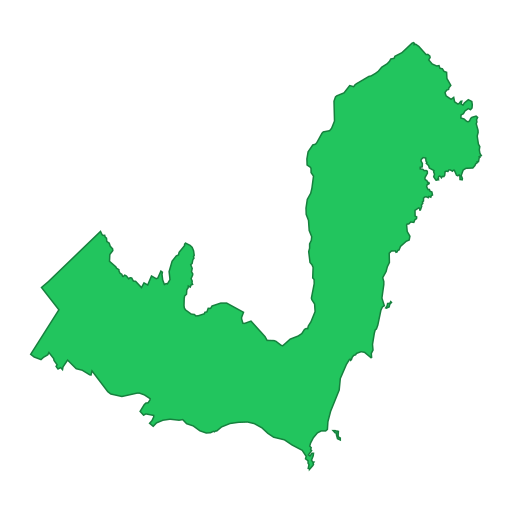 outline of Ninh Hai, Ninh Thuận, Vietnam
{"feature_id": "81297802B76244887601508", "entity_name": "Ninh Hai", "entity_type": "district", "adm_level": 2, "iso_a3": "VNM", "parent_name": "Vietnam", "parent_adm1": "Ninh Thuận", "projection": "natural_earth1", "projection_center": [109.148, 11.675], "detail": "fine", "context": "isolated", "style": "filled", "palette": "green", "viewbox_px": 512, "rotation_deg": 0, "n_neighbors": 0, "source": "geoboundaries", "source_scale": "gbopen_adm2", "svg_char_len": 6064}
<svg xmlns="http://www.w3.org/2000/svg" viewBox="0 0 512 512"><path d="M41.5,287.5L58.9,309.8L30.7,354.3L34.1,357.0L41.0,359.6L43.5,357.3L47.8,354.8L48.9,352.5L53.7,358.6L54.0,360.4L57.1,364.8L56.1,366.4L58.0,369.0L60.6,367.6L62.5,369.6L63.0,366.9L67.6,360.1L76.2,368.7L82.2,370.2L89.7,374.8L91.0,375.0L92.0,370.9L107.8,391.7L110.8,394.0L121.9,396.5L137.1,393.1L139.5,393.1L144.4,394.9L150.2,398.7L150.0,399.9L148.1,402.8L145.8,403.1L144.2,404.7L140.1,411.4L143.6,415.2L145.8,413.9L153.7,415.4L153.7,417.0L152.0,420.6L149.6,423.3L153.2,426.3L156.5,422.9L163.0,420.2L170.0,419.2L179.1,420.2L182.7,419.6L186.6,423.7L193.2,425.9L199.9,430.8L206.2,433.0L210.6,432.7L213.4,431.3L214.4,431.8L215.8,430.8L216.7,431.0L221.6,426.9L230.0,423.5L238.4,422.3L247.5,422.0L254.3,423.6L261.9,427.8L267.8,433.3L273.6,437.2L284.4,439.8L292.1,445.0L302.2,450.3L306.2,456.4L305.5,458.8L308.0,460.7L308.1,463.3L309.0,464.6L308.2,468.4L309.5,468.7L309.5,469.4L312.8,465.6L313.5,464.4L313.1,463.2L313.9,462.1L312.8,462.0L311.5,460.2L313.2,455.8L313.5,453.3L311.9,453.3L310.0,456.0L308.4,454.9L311.6,450.5L310.6,449.5L311.2,447.7L309.7,446.1L310.6,443.0L313.3,437.8L317.4,432.9L321.3,430.9L325.7,430.9L327.4,429.4L327.9,421.7L330.6,411.3L339.2,390.0L340.3,378.5L346.4,364.4L349.5,359.4L350.7,359.2L350.7,360.2L351.4,359.7L352.2,357.3L353.7,355.4L355.6,354.8L356.5,353.4L361.1,351.7L364.5,352.3L371.0,357.7L371.6,357.4L371.3,353.4L373.0,350.1L372.5,344.4L374.3,333.3L375.2,329.9L376.4,329.0L377.8,325.1L380.9,310.2L382.4,307.0L384.3,305.7L381.9,298.1L383.8,284.6L383.8,281.5L382.7,277.7L386.1,271.5L387.3,266.8L389.4,262.5L389.2,253.2L391.4,251.0L395.4,250.9L396.0,252.3L397.0,252.0L397.8,250.4L399.0,250.0L400.5,246.4L406.2,241.3L409.2,240.0L409.9,236.2L407.2,231.5L406.6,225.0L407.2,224.0L408.7,224.0L410.7,222.0L413.8,222.4L414.9,219.7L416.5,218.7L416.7,216.9L415.1,216.0L415.0,210.3L418.8,207.8L419.5,208.3L419.9,210.1L420.4,210.0L421.7,206.3L421.4,205.0L422.8,203.3L422.4,201.9L423.5,201.0L423.5,198.2L424.6,197.1L426.1,196.7L428.3,197.7L428.9,196.4L430.8,197.2L431.3,195.6L432.5,195.0L431.9,192.0L429.9,191.1L429.4,189.5L428.1,189.6L426.6,186.8L427.1,184.7L428.9,183.9L429.2,183.2L428.7,182.4L427.8,182.7L426.8,180.5L425.4,179.8L424.9,178.7L425.0,177.5L427.4,173.2L427.3,171.2L426.2,170.5L424.1,170.6L422.8,169.3L420.2,168.9L420.2,167.3L422.2,166.9L422.3,166.0L422.4,163.5L421.0,160.9L421.3,159.4L423.1,157.6L425.7,158.0L426.0,161.1L426.9,162.4L426.3,163.3L428.6,165.6L429.3,168.0L434.0,170.6L433.6,171.8L434.5,174.2L433.7,176.8L435.9,180.1L437.0,180.2L437.7,179.0L438.5,179.6L438.5,176.8L439.4,176.0L440.5,176.4L441.4,177.8L442.4,176.4L443.8,176.6L444.7,175.3L445.1,171.7L446.2,171.1L447.9,171.5L448.8,170.0L450.0,169.8L452.5,171.2L453.4,170.2L454.3,170.2L456.5,175.2L457.9,175.8L459.1,174.9L459.9,176.0L460.0,179.5L462.2,179.8L462.4,178.5L461.2,175.5L463.2,170.0L466.0,168.3L472.8,168.0L474.9,165.6L475.8,163.7L477.4,162.6L477.2,161.7L478.5,161.6L479.2,157.8L479.9,157.3L479.3,156.6L481.3,155.6L479.9,153.3L479.3,149.8L479.8,146.6L478.4,144.1L477.2,136.0L478.1,132.6L478.0,130.2L476.2,123.7L476.9,122.0L476.5,119.8L477.6,117.4L476.1,116.1L472.0,117.3L470.7,118.4L469.5,121.0L468.0,121.8L466.5,121.2L464.1,119.0L460.8,117.9L461.1,114.9L463.4,113.7L464.9,111.0L468.3,108.6L470.5,109.7L472.0,108.0L472.3,104.8L471.8,101.5L468.3,99.7L464.4,102.9L463.0,105.1L461.1,104.0L461.8,101.2L460.8,101.3L458.9,103.7L457.8,104.0L454.6,101.8L453.7,97.4L451.1,99.3L446.1,95.9L445.0,92.5L446.8,90.0L448.6,89.4L448.9,87.8L450.8,85.4L446.9,78.5L446.6,72.3L444.0,71.4L442.4,68.8L439.9,68.2L439.0,65.6L436.7,66.0L432.2,64.0L428.7,59.9L430.1,57.5L429.8,56.0L427.8,54.4L426.1,54.6L418.8,46.4L415.8,44.3L414.1,44.6L414.4,43.4L413.6,42.6L412.0,43.2L401.9,52.7L394.9,56.3L394.1,58.3L390.8,59.0L389.6,61.2L387.1,63.8L381.7,67.2L378.3,71.3L375.3,73.5L371.0,76.0L368.9,76.4L357.0,83.4L355.1,84.7L353.7,86.7L349.7,85.6L344.0,92.9L337.0,95.7L335.5,96.9L334.0,101.2L334.5,121.1L331.6,128.3L329.6,130.7L323.3,131.9L322.0,133.2L316.8,142.7L315.5,144.2L312.8,144.9L308.1,151.8L306.9,158.9L307.1,165.0L310.3,167.2L311.0,168.4L311.1,172.6L313.5,176.1L311.9,188.3L310.7,193.3L307.3,199.4L306.0,208.1L306.2,214.4L308.5,220.4L309.2,230.5L311.7,236.7L311.3,240.4L309.6,243.9L309.6,248.2L308.7,251.6L310.0,262.4L312.0,264.8L313.1,267.4L312.7,277.9L314.1,279.5L314.2,283.7L311.4,298.1L311.8,299.6L314.6,304.0L315.1,311.6L311.0,321.7L308.3,326.0L307.7,328.7L306.2,328.5L304.5,329.4L301.8,333.6L298.2,336.0L290.2,339.1L282.7,345.8L281.1,345.3L275.9,341.3L274.0,340.6L267.1,340.4L265.0,336.6L251.0,321.1L244.7,323.4L242.9,323.3L241.6,318.9L241.6,317.4L243.5,312.3L226.7,303.1L220.7,303.1L212.0,306.0L210.6,308.4L208.2,308.3L206.9,311.9L204.9,312.3L204.3,313.8L198.2,315.8L195.7,315.9L194.5,314.5L191.2,314.1L185.5,309.9L184.3,307.9L184.0,305.4L184.2,298.4L184.6,296.0L186.5,294.2L186.8,289.7L188.1,287.9L188.3,286.0L190.2,287.1L191.1,284.9L192.6,284.4L192.0,282.9L192.2,281.1L191.1,278.6L192.7,274.9L192.7,273.7L191.5,271.8L192.2,268.4L190.7,264.7L192.1,263.5L192.9,259.5L193.9,258.4L193.5,256.5L194.2,255.4L193.6,250.9L192.2,247.4L190.1,245.4L185.5,243.1L184.6,244.2L184.5,245.7L179.1,252.3L178.5,254.9L176.3,255.9L172.1,261.2L169.1,271.6L170.0,279.6L167.4,283.9L166.1,283.6L164.4,284.5L162.7,280.0L162.0,274.3L162.4,272.2L160.9,271.1L157.8,278.1L156.2,278.7L151.5,276.0L147.7,285.0L144.0,282.9L141.5,287.6L135.6,281.3L133.4,281.1L131.7,278.0L130.1,277.7L128.7,278.8L126.4,276.0L124.7,275.1L123.3,276.5L122.6,276.4L121.8,274.3L120.1,273.3L119.0,271.2L118.9,269.7L116.4,268.1L115.9,266.9L109.5,261.3L109.8,254.5L112.8,250.6L112.6,248.8L110.2,246.2L109.2,243.1L106.8,241.5L106.5,238.2L105.0,236.8L104.7,235.3L102.9,235.4L102.0,234.6L100.5,231.4L48.3,281.7L41.5,287.5ZM337.6,432.2L337.4,431.4L335.2,430.6L333.1,430.6L335.1,432.8L336.5,433.2L336.4,434.7L337.5,438.7L340.3,440.0L340.3,438.0L338.9,437.4L338.1,435.6L338.4,431.4L337.8,431.2L337.6,432.2ZM389.7,304.4L391.5,302.4L390.7,301.6L389.9,303.3L387.6,303.5L387.1,305.8L385.7,307.9L386.4,308.2L389.2,306.9L389.7,304.4Z" fill="#22c55e" stroke="#15803d" stroke-width="1.5"/></svg>